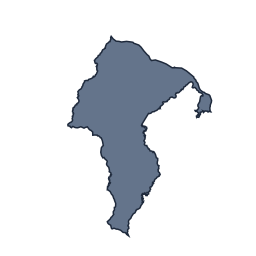 outline of La Gloria, Cesar, Colombia, rotated 135°
{"feature_id": "7082276B41841222112107", "entity_name": "La Gloria", "entity_type": "district", "adm_level": 2, "iso_a3": "COL", "parent_name": "Colombia", "parent_adm1": "Cesar", "projection": "orthographic", "projection_center": [-73.641, 8.636], "detail": "fine", "context": "isolated", "style": "filled", "palette": "slate", "viewbox_px": 256, "rotation_deg": 135, "n_neighbors": 0, "source": "geoboundaries", "source_scale": "gbopen_adm2", "svg_char_len": 5808}
<svg xmlns="http://www.w3.org/2000/svg" viewBox="0 0 256 256"><g transform="rotate(135 128 128)"><path d="M45.4,117.6L46.3,127.1L47.7,132.4L51.7,136.9L52.2,138.1L52.6,137.8L54.2,139.4L55.7,146.2L57.6,150.8L60.5,156.7L63.7,159.1L63.6,161.2L62.4,164.1L62.6,166.5L62.3,171.2L61.6,176.0L61.7,179.0L64.0,183.9L63.9,185.1L64.8,186.4L67.8,190.3L71.8,193.4L73.1,195.6L75.0,197.8L75.5,201.4L75.1,204.7L76.2,204.3L77.4,202.8L78.2,202.7L79.6,201.8L80.1,202.3L81.5,202.2L83.8,202.6L86.2,201.6L87.6,200.5L87.9,200.9L89.2,200.7L90.7,201.2L93.5,200.1L94.8,200.4L96.2,199.6L97.8,200.3L98.9,199.6L102.2,199.8L103.1,199.5L103.9,199.6L105.3,197.2L105.3,196.6L104.3,195.9L104.4,194.8L104.7,194.7L105.0,194.3L105.6,194.4L105.6,194.0L106.1,193.6L107.0,193.8L107.2,192.8L107.9,192.3L108.3,191.5L109.0,191.2L109.0,190.0L109.3,189.7L112.6,188.4L113.4,188.6L114.2,188.1L115.3,188.0L115.9,188.2L115.7,188.9L116.0,189.1L117.4,188.5L119.2,189.0L121.5,190.2L122.8,189.9L124.0,191.3L125.5,192.0L126.2,191.3L128.9,190.8L129.3,190.3L130.3,189.8L131.2,189.8L132.0,189.2L134.0,188.9L135.2,189.4L137.7,189.2L139.0,187.1L139.7,187.2L140.3,186.1L140.2,185.6L140.9,185.7L141.1,185.2L142.4,185.3L142.7,183.3L143.4,181.9L144.2,181.3L145.6,181.0L146.3,181.3L147.4,181.3L147.7,180.7L149.0,181.4L151.5,180.6L151.8,181.0L152.9,181.0L154.0,179.6L154.4,179.8L155.8,178.7L155.8,177.6L156.2,176.8L156.8,176.9L157.0,176.2L158.3,175.6L159.0,175.7L159.0,175.1L161.0,174.0L161.2,173.3L162.1,172.4L163.7,172.2L164.7,172.7L167.1,173.1L167.9,173.1L168.9,172.0L167.7,170.1L168.1,169.4L167.7,168.1L166.2,168.3L165.8,168.0L165.2,166.0L164.5,164.9L163.4,163.7L160.4,162.2L159.2,159.0L157.8,158.6L155.9,157.5L156.4,154.6L156.3,153.4L155.9,152.6L155.8,150.2L158.0,147.8L156.5,146.6L154.8,144.7L155.1,144.0L154.3,143.2L154.2,141.4L154.4,140.6L153.9,139.9L155.2,137.0L157.9,133.0L159.0,133.2L160.9,132.8L164.4,130.1L166.2,127.3L166.9,124.6L165.8,124.1L166.2,122.3L166.0,120.2L166.2,119.1L168.7,117.7L169.3,116.3L169.4,113.8L171.1,111.1L172.2,110.4L171.8,108.7L172.4,107.6L173.0,107.4L172.9,106.7L173.5,106.8L173.9,106.4L174.2,106.9L175.3,106.2L176.3,106.8L177.3,106.1L177.2,105.6L177.7,105.6L178.2,104.7L177.8,104.1L179.2,103.0L179.2,101.7L180.2,101.5L180.3,102.4L180.7,102.6L181.3,101.9L182.0,101.7L182.2,100.8L182.9,101.0L183.4,100.6L183.8,101.1L186.4,98.9L186.0,98.5L185.5,95.7L186.4,93.1L186.6,90.9L188.0,88.1L188.1,87.1L188.7,86.4L190.0,83.4L192.4,81.2L193.1,81.1L193.8,81.5L195.5,79.7L197.5,79.3L198.8,78.0L199.1,77.1L202.4,76.6L203.0,76.8L205.2,76.2L208.9,76.4L209.5,75.0L209.6,73.9L209.0,71.5L210.6,68.8L210.6,67.9L208.9,67.1L208.5,66.6L207.8,64.8L206.9,63.9L205.5,60.9L205.3,57.7L203.8,55.8L204.2,53.7L203.8,51.3L202.5,54.6L201.3,55.0L200.5,56.1L199.9,56.4L198.4,56.4L197.2,58.0L197.3,58.9L194.9,59.9L194.1,61.3L192.8,62.2L189.7,62.2L188.2,62.9L184.9,63.6L183.0,63.1L181.0,63.8L180.7,64.2L179.9,63.9L179.1,64.1L178.3,63.5L176.4,63.0L174.7,63.5L173.9,64.0L171.6,64.3L171.0,64.6L170.8,65.0L170.6,64.6L169.8,64.5L169.3,64.9L169.4,65.6L168.8,65.5L169.2,66.2L169.1,67.0L168.4,67.5L167.8,66.9L167.1,67.3L167.6,68.0L168.2,67.9L168.3,68.2L167.4,68.5L167.3,68.9L166.8,68.5L166.4,68.7L165.8,69.9L166.1,70.4L165.4,70.4L165.5,70.9L165.0,71.3L163.9,71.2L164.1,70.4L163.5,69.9L162.6,70.3L162.8,69.4L161.5,69.3L162.6,68.3L161.8,67.7L161.9,67.4L162.8,67.3L162.3,66.7L161.9,66.8L161.5,67.3L160.0,66.8L159.4,67.5L159.5,68.4L158.9,68.0L157.5,68.2L157.3,67.9L156.7,68.4L155.2,68.8L155.0,69.9L154.4,70.5L153.8,70.5L153.2,69.9L151.4,70.2L151.0,70.7L150.5,70.5L149.9,71.0L149.4,70.9L149.7,71.7L149.0,72.2L148.3,71.6L146.9,71.8L146.4,72.3L144.9,72.7L143.6,72.4L142.4,72.7L139.9,71.9L139.3,72.6L138.6,72.2L138.1,72.4L137.4,74.2L137.4,75.8L135.9,77.5L135.0,77.4L133.8,78.9L132.8,79.3L133.2,80.4L132.5,82.2L131.0,83.5L130.1,83.9L128.5,85.5L129.0,86.9L127.3,89.9L126.5,92.5L126.7,93.3L127.6,93.1L127.4,94.7L128.6,96.3L127.8,98.1L128.4,98.7L127.8,100.2L127.7,101.4L127.1,102.3L128.2,103.5L128.0,104.9L126.1,105.9L125.9,107.7L123.6,108.3L122.9,109.2L122.4,109.3L122.1,111.0L121.8,110.9L121.6,110.0L121.1,110.2L120.6,112.8L120.9,113.3L120.3,114.3L119.5,114.4L119.6,114.1L120.3,114.0L120.2,113.6L119.2,113.9L118.2,113.7L118.1,114.2L117.3,113.4L116.5,113.9L116.5,114.5L115.8,114.7L115.5,114.6L115.6,114.1L114.9,114.4L114.3,115.5L114.7,115.9L114.8,117.4L115.4,117.7L115.9,117.2L115.9,117.9L116.2,118.2L116.0,118.7L116.6,118.7L117.0,119.1L116.4,119.8L116.5,120.2L115.7,120.2L115.6,120.8L103.2,123.8L102.9,123.2L101.4,122.3L99.2,122.2L97.9,121.0L97.2,121.0L95.1,120.1L92.6,120.0L92.4,119.5L91.7,119.7L91.5,119.3L91.3,119.9L90.7,119.6L90.0,120.4L87.6,120.0L85.8,120.1L85.7,121.4L85.0,121.7L84.2,121.3L83.9,120.6L83.2,120.1L82.3,119.5L81.8,119.6L81.5,119.1L80.1,119.5L78.4,119.1L77.4,119.7L76.1,119.5L74.9,118.7L74.5,117.2L74.0,116.5L72.9,115.9L71.9,116.1L71.1,117.0L70.9,118.0L69.5,118.7L69.1,118.3L68.1,118.3L68.0,117.6L67.1,117.1L64.4,117.1L63.9,116.9L63.5,117.5L63.1,117.5L62.4,117.3L62.1,116.6L61.8,116.8L61.2,116.6L59.6,117.5L57.9,116.9L56.5,117.3L55.9,116.8L53.1,116.9L50.7,116.2L50.2,114.8L50.5,113.5L51.1,112.7L53.8,111.4L53.7,110.4L52.0,109.4L52.0,107.3L52.5,106.1L52.0,104.4L52.6,103.1L51.3,100.6L51.6,98.4L52.5,97.8L53.3,98.9L54.5,98.9L58.8,95.9L62.1,95.0L63.1,94.1L63.6,92.4L64.3,92.0L66.1,91.7L67.3,92.1L68.2,93.0L68.5,92.0L67.4,91.2L67.7,90.2L67.4,88.6L68.9,88.0L69.9,88.1L71.3,87.4L71.0,87.9L71.2,88.0L71.8,87.2L70.4,85.5L68.9,86.0L69.1,87.1L68.5,87.1L68.0,86.4L67.2,86.4L66.3,87.5L65.8,87.4L65.6,87.9L63.8,86.9L63.4,86.2L62.9,86.3L62.8,86.9L62.5,86.2L63.2,85.6L61.4,85.5L59.9,83.6L60.1,82.7L58.6,82.4L58.4,81.4L58.0,80.9L57.7,82.2L55.9,84.4L54.6,85.1L53.5,86.1L50.8,87.3L49.4,88.4L47.2,93.1L47.3,94.4L48.8,97.5L48.9,99.4L49.6,100.5L50.0,103.6L49.5,105.6L47.0,110.3L46.9,112.8L46.2,113.7L46.1,116.3L45.8,117.2L45.4,117.6Z" fill="#64748b" stroke="#1e293b" stroke-width="1.5"/></g></svg>